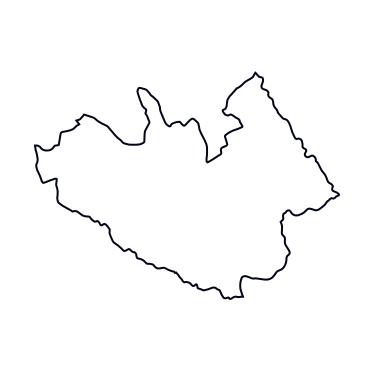 Quan Ba, Hà Giang, Vietnam (Natural Earth projection), rotated 158°
{"feature_id": "81297802B31175014332346", "entity_name": "Quan Ba", "entity_type": "district", "adm_level": 2, "iso_a3": "VNM", "parent_name": "Vietnam", "parent_adm1": "Hà Giang", "projection": "natural_earth1", "projection_center": [104.959, 23.067], "detail": "fine", "context": "isolated", "style": "outline", "palette": "ink", "viewbox_px": 384, "rotation_deg": 158, "n_neighbors": 0, "source": "geoboundaries", "source_scale": "gbopen_adm2", "svg_char_len": 5993}
<svg xmlns="http://www.w3.org/2000/svg" viewBox="0 0 384 384"><g transform="rotate(158 192 192)"><path d="M320.2,293.9L321.2,289.5L321.6,285.5L322.8,280.2L324.0,277.9L324.8,277.0L325.7,276.2L326.3,275.4L326.7,274.4L326.9,273.5L327.3,270.4L327.0,264.7L327.0,262.6L327.2,258.2L327.0,257.3L326.7,256.4L326.3,256.1L323.2,255.9L318.6,255.9L316.2,255.7L314.1,255.6L313.0,255.3L312.6,254.8L312.6,254.4L315.0,250.1L315.4,248.9L315.6,246.2L316.2,243.2L317.6,239.9L319.3,236.7L319.7,234.9L319.9,233.2L319.7,231.8L319.5,231.5L316.9,227.4L311.1,220.2L310.1,218.6L308.5,218.5L306.7,217.7L305.4,216.4L302.3,211.3L300.2,209.5L296.6,207.7L296.1,206.9L295.5,204.5L294.1,202.0L293.4,201.0L292.2,200.6L290.9,200.6L290.6,200.5L290.0,199.9L289.6,198.7L289.1,195.6L288.8,195.2L288.2,195.0L285.5,195.3L285.0,195.1L284.0,194.0L283.4,192.4L282.4,188.7L282.4,187.8L283.3,186.1L283.7,185.0L284.0,184.0L284.0,178.6L283.8,176.2L283.5,174.6L280.8,170.4L279.1,167.2L277.7,163.7L277.1,162.8L276.5,162.5L275.1,162.5L272.1,162.8L271.6,162.5L271.1,162.0L270.0,159.6L269.4,158.6L267.8,157.6L267.3,156.6L267.1,155.6L267.2,154.4L267.6,153.0L267.6,151.5L267.1,150.7L264.3,148.7L262.9,147.0L262.4,146.3L260.9,142.7L259.4,141.7L258.1,141.3L255.9,139.8L255.2,139.1L254.4,136.7L253.7,135.2L252.3,133.9L250.4,133.2L248.0,132.8L246.3,132.2L245.3,131.3L243.2,128.8L240.9,126.7L239.5,125.5L238.5,124.9L238.1,123.3L236.9,123.3L235.9,120.4L235.3,117.5L234.4,115.4L233.8,112.3L233.4,111.8L233.0,111.2L232.5,111.0L231.4,110.9L230.5,110.4L229.5,109.7L228.3,108.7L227.7,107.5L227.1,105.8L226.4,104.6L225.9,104.3L224.8,104.3L223.4,104.8L222.8,104.9L222.4,104.6L222.3,104.3L222.4,103.8L222.4,102.4L222.7,100.9L222.5,100.4L220.2,98.5L218.2,96.5L216.8,96.2L214.0,95.8L208.8,95.6L207.8,95.4L206.1,94.3L205.1,92.5L203.5,90.9L203.2,90.3L202.9,84.8L202.3,82.3L202.0,81.6L201.1,81.0L197.7,80.5L197.4,80.0L197.3,79.1L197.1,78.8L196.5,78.5L195.5,78.4L192.9,78.9L190.8,78.7L188.9,77.4L187.0,76.8L185.6,76.5L184.0,75.8L183.8,79.6L183.4,84.1L182.4,87.2L180.8,90.3L179.2,92.5L177.8,94.1L176.7,94.4L175.2,94.4L173.4,93.7L170.9,91.5L169.3,89.9L167.7,88.8L165.3,88.1L157.3,83.5L154.3,82.4L152.0,82.2L149.6,82.6L146.8,84.0L144.4,85.6L143.2,86.3L141.6,86.6L139.4,86.6L137.4,86.8L135.0,87.9L132.8,89.6L131.4,91.2L130.0,93.4L129.0,95.7L127.7,97.0L125.6,97.7L124.6,98.3L124.0,99.5L123.9,101.0L124.2,102.9L125.0,107.0L125.1,109.1L124.6,111.1L123.6,113.1L123.1,114.7L123.2,115.8L124.3,118.8L124.1,120.3L121.8,125.3L121.2,126.9L121.0,129.1L121.1,130.6L121.0,131.1L118.2,132.1L117.4,132.9L116.5,136.0L115.3,137.4L112.9,137.9L111.8,138.6L110.7,139.0L109.9,139.0L108.6,138.4L108.0,137.2L107.5,134.9L106.8,133.4L105.2,131.7L102.8,130.7L98.2,130.6L95.3,131.2L91.4,132.8L90.2,132.8L88.9,132.4L86.4,130.5L84.1,128.6L82.5,128.3L80.8,128.3L78.6,128.8L73.8,130.3L69.9,132.7L68.6,132.8L66.7,133.8L65.5,134.0L64.7,133.9L63.7,133.1L63.1,132.9L62.2,132.9L61.0,133.3L60.2,133.8L57.4,133.9L56.8,134.2L56.7,134.7L56.9,135.5L57.8,137.1L59.7,139.0L61.1,140.5L61.1,141.6L60.4,143.3L59.3,144.3L59.2,145.1L59.6,146.5L60.1,147.5L61.3,148.9L62.0,150.3L62.1,153.1L62.0,155.9L62.2,158.2L63.7,163.3L64.2,168.5L64.4,171.4L64.9,173.1L65.5,174.0L65.5,174.6L64.9,176.2L64.9,177.3L65.0,178.3L66.3,180.4L67.5,180.9L70.7,180.7L72.2,181.1L73.2,182.4L73.5,183.2L73.5,184.0L73.1,185.1L70.8,187.1L70.5,187.9L70.4,188.5L70.8,189.3L72.0,190.7L72.5,191.7L72.6,192.5L71.7,194.6L71.1,197.5L71.0,198.7L71.4,199.8L71.9,200.6L72.6,201.2L73.4,201.7L75.3,202.0L76.0,202.8L76.3,204.2L76.6,208.9L76.5,211.5L76.1,215.9L76.1,218.7L76.4,221.2L76.8,222.7L77.5,223.8L78.5,224.7L79.9,225.8L80.7,227.7L82.5,232.8L82.6,236.7L83.3,238.6L83.7,240.5L83.7,242.8L83.0,245.1L82.8,246.6L82.8,247.6L83.1,248.5L84.2,250.0L85.0,251.4L85.1,252.2L85.1,253.3L84.2,254.9L83.8,255.8L84.0,256.8L84.7,258.3L87.7,261.1L88.3,262.4L88.0,264.3L86.1,266.4L84.6,268.2L84.0,269.6L83.8,271.2L84.5,272.2L86.4,273.4L87.3,275.3L88.2,278.0L88.6,278.8L91.1,276.9L92.3,276.0L93.5,275.4L101.6,274.2L105.1,272.7L107.5,271.9L109.8,271.4L111.8,271.3L115.0,269.6L121.5,266.5L123.4,265.1L124.7,264.0L126.0,261.9L127.7,258.7L129.7,256.7L130.8,256.5L132.5,256.4L132.9,256.2L133.2,255.3L133.0,254.0L132.6,252.2L132.1,251.2L130.7,249.9L129.9,249.4L127.4,249.4L126.8,249.2L125.4,247.6L123.7,244.9L121.5,242.1L121.1,240.8L121.3,238.8L120.7,235.0L120.7,233.9L121.0,233.5L121.6,233.4L125.8,233.3L130.9,233.6L135.6,233.2L138.5,232.5L139.9,232.0L140.5,231.5L140.7,231.0L141.1,225.8L141.5,222.9L141.9,222.5L142.7,222.1L143.4,222.0L146.9,221.9L148.4,221.6L149.2,220.6L149.7,219.4L150.1,217.6L150.6,216.7L151.5,216.1L153.4,215.9L160.1,214.5L166.3,213.6L166.6,213.9L167.0,214.6L166.9,215.2L166.1,217.3L163.9,221.4L161.4,227.6L161.0,229.3L160.8,231.3L160.8,234.7L161.5,241.8L161.7,246.7L160.5,252.9L160.8,254.5L163.0,258.9L163.9,259.7L164.6,259.9L165.4,259.8L167.2,259.3L173.7,256.4L174.5,256.4L175.0,256.8L175.8,258.3L177.0,261.6L179.5,262.5L182.6,262.8L185.2,262.7L186.3,262.1L187.1,261.3L187.8,261.1L188.6,261.5L190.2,263.9L190.8,265.9L191.0,275.9L190.9,279.4L189.9,282.9L189.8,288.6L190.7,290.9L192.6,295.0L193.8,296.9L194.5,299.7L195.9,303.7L197.5,305.3L198.7,306.1L200.6,307.6L201.5,308.1L202.6,308.2L203.2,307.8L204.7,306.1L205.2,304.3L205.6,298.2L205.8,291.0L205.6,289.9L204.8,287.8L203.9,286.3L203.7,285.2L204.8,283.4L205.7,282.5L205.3,280.4L205.2,279.1L205.3,272.6L205.7,272.0L212.4,266.4L213.6,264.7L214.7,262.5L217.2,256.8L217.8,256.1L219.4,255.7L221.9,255.6L224.8,256.3L229.5,258.1L232.8,259.6L236.8,262.6L237.7,263.9L238.7,266.7L240.6,270.0L242.0,273.4L243.2,277.1L245.8,284.7L250.6,290.1L252.9,293.3L253.5,294.5L255.0,297.3L255.8,298.1L263.0,304.2L265.2,303.0L268.3,301.5L269.4,301.3L272.4,301.6L271.2,297.0L274.5,296.5L276.3,295.7L278.4,294.9L281.3,294.8L284.7,295.2L289.6,296.2L290.5,296.2L291.4,295.9L292.7,294.1L297.8,285.7L298.9,285.6L301.7,286.3L302.4,286.1L304.0,285.1L305.6,284.3L308.2,284.0L310.7,284.7L312.5,285.5L313.7,286.4L314.7,287.5L315.5,288.9L316.0,290.8L316.9,291.9L317.9,293.0L320.2,293.9Z" fill="none" stroke="#020617" stroke-width="2"/></g></svg>